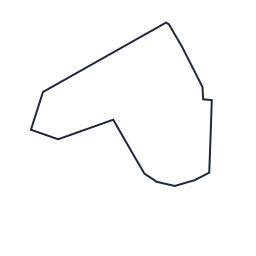 Hillcrest Gardens, Castries, Saint Lucia (Robinson projection), rotated 333°
{"feature_id": "8701671B99228851829724", "entity_name": "Hillcrest Gardens", "entity_type": "district", "adm_level": 2, "iso_a3": "LCA", "parent_name": "Saint Lucia", "parent_adm1": "Castries", "projection": "robinson", "projection_center": [-60.971, 14.011], "detail": "fine", "context": "isolated", "style": "outline", "palette": "slate", "viewbox_px": 256, "rotation_deg": 333, "n_neighbors": 0, "source": "geoboundaries", "source_scale": "gbopen_adm2", "svg_char_len": 479}
<svg xmlns="http://www.w3.org/2000/svg" viewBox="0 0 256 256"><g transform="rotate(333 128 128)"><path d="M213.0,109.8L213.0,79.8L211.5,54.2L209.8,51.3L208.7,51.4L208.0,51.4L68.6,57.3L40.7,85.5L60.6,106.3L85.7,109.6L118.6,113.9L120.9,158.7L121.9,176.3L127.7,186.2L128.3,187.3L128.7,188.6L135.0,193.9L143.4,200.9L158.2,203.7L163.3,204.7L180.1,204.7L202.9,163.7L215.3,141.2L209.5,137.5L208.0,136.6L213.0,125.2L213.0,109.8Z" fill="none" stroke="#1e293b" stroke-width="2"/></g></svg>